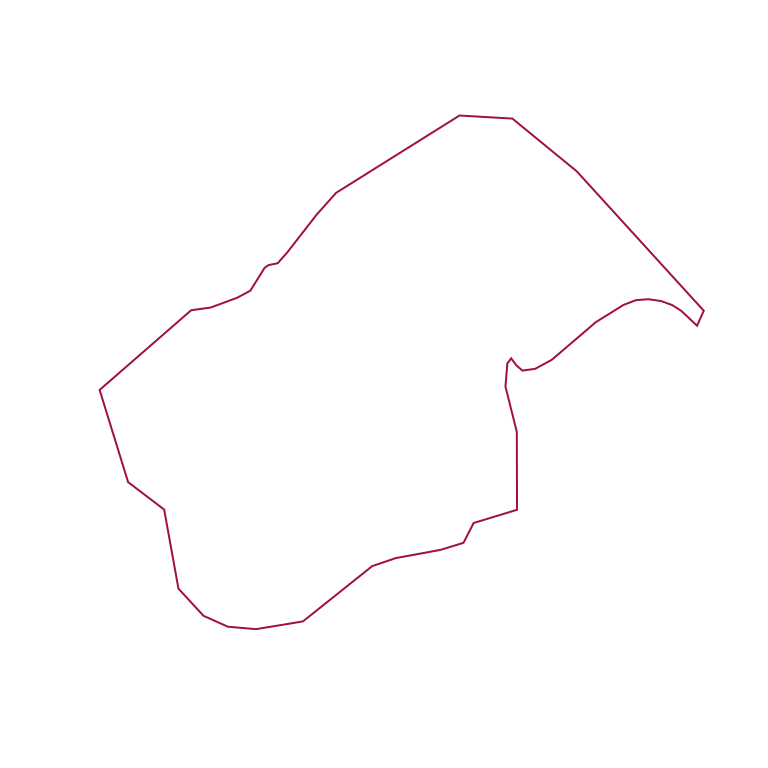 an SVG outline of Žalec, rotated 229°
{"feature_id": "SVN-224", "entity_name": "Žalec", "entity_type": "Statistical Region", "adm_level": 1, "iso_a3": "SVN", "parent_name": "Slovenia", "parent_adm1": "", "projection": "natural_earth1", "projection_center": [15.16, 46.26], "detail": "fine", "context": "isolated", "style": "outline", "palette": "rose", "viewbox_px": 768, "rotation_deg": 229, "n_neighbors": 0, "source": "natural_earth", "source_scale": "10m", "svg_char_len": 704}
<svg xmlns="http://www.w3.org/2000/svg" viewBox="0 0 768 768"><g transform="rotate(229 384 384)"><path d="M566.1,165.5L566.2,286.8L555.5,303.2L545.4,329.8L542.1,344.3L550.0,370.1L549.5,374.8L544.9,383.0L546.8,397.4L556.0,444.2L559.7,473.3L537.1,617.1L500.1,655.0L418.0,669.0L229.5,673.4L222.6,658.5L244.3,656.3L254.2,653.4L264.9,647.5L274.6,639.1L282.0,629.1L286.6,616.5L291.7,584.5L292.2,526.5L296.3,508.0L303.3,497.3L311.2,496.1L319.9,496.8L318.6,490.6L302.4,474.0L260.7,452.8L201.8,401.9L220.3,360.5L212.0,339.8L221.7,317.9L244.9,278.7L254.3,255.6L258.0,167.1L283.0,126.5L303.3,106.9L327.4,95.7L364.4,94.6L433.4,135.7L477.8,126.5L566.1,165.5Z" fill="none" stroke="#9f1239" stroke-width="2"/></g></svg>